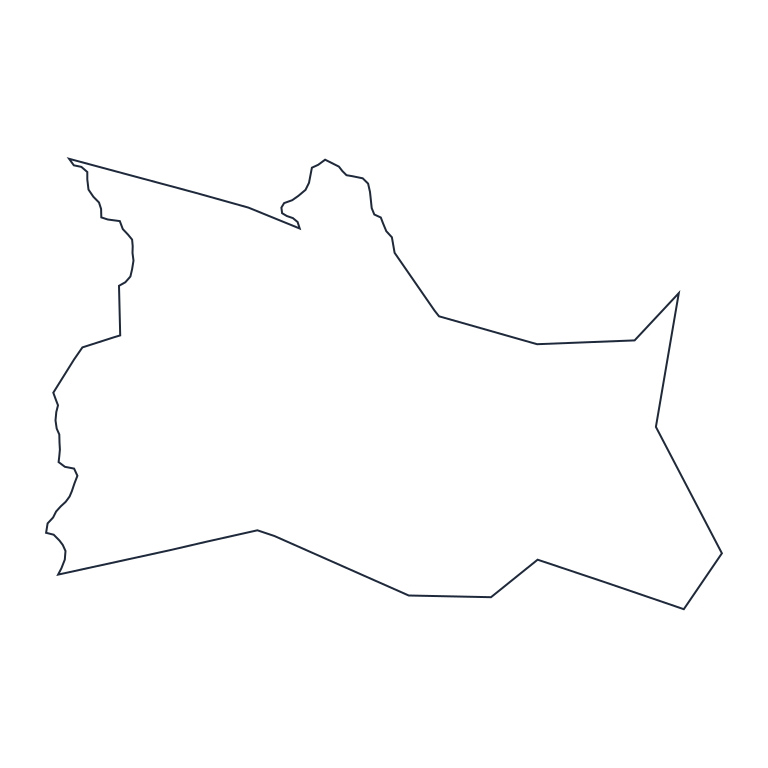 Utinga, Bahia, Brazil
{"feature_id": "56859067B43772333404859", "entity_name": "Utinga", "entity_type": "district", "adm_level": 2, "iso_a3": "BRA", "parent_name": "Brazil", "parent_adm1": "Bahia", "projection": "orthographic", "projection_center": [-41.139, -12.037], "detail": "fine", "context": "isolated", "style": "outline", "palette": "slate", "viewbox_px": 768, "rotation_deg": 0, "n_neighbors": 0, "source": "geoboundaries", "source_scale": "gbopen_adm2", "svg_char_len": 1358}
<svg xmlns="http://www.w3.org/2000/svg" viewBox="0 0 768 768"><path d="M58.1,574.6L169.4,550.3L206.5,541.7L257.4,530.3L274.4,536.0L408.7,595.5L491.0,597.2L537.6,559.7L600.7,580.8L642.9,595.2L683.8,609.2L721.9,553.3L717.5,544.9L655.9,426.9L678.8,293.1L634.6,340.4L537.1,344.2L439.0,316.3L434.6,310.7L394.6,252.8L391.9,237.3L386.3,231.2L383.1,223.5L380.8,217.5L374.3,214.5L371.7,208.1L370.8,199.5L370.0,192.0L368.1,183.6L362.7,178.3L352.4,176.2L346.5,175.2L342.4,171.1L338.9,166.6L325.1,159.7L318.2,164.8L311.9,167.7L309.0,182.8L305.5,189.9L298.2,196.0L292.2,200.2L284.1,203.1L281.4,207.6L282.1,213.2L286.8,216.0L292.9,218.1L297.6,222.0L299.7,228.5L248.4,207.6L195.9,192.9L69.1,158.8L73.8,165.3L81.4,166.9L87.3,172.0L87.3,179.4L88.5,189.6L93.4,196.8L99.0,202.5L101.1,209.0L101.3,217.4L107.8,219.5L119.8,221.1L122.8,229.1L128.0,234.6L132.1,239.6L132.7,246.2L132.5,253.0L133.5,260.6L132.1,269.2L130.4,276.5L125.4,282.2L119.0,285.8L120.2,335.4L114.2,337.2L82.4,347.4L74.1,359.4L53.3,392.7L56.0,400.1L58.0,405.3L56.3,412.0L55.5,420.4L56.7,428.6L59.3,434.5L59.5,442.6L59.9,449.5L59.3,456.1L58.6,462.1L64.9,466.8L74.1,468.6L77.4,475.8L74.5,483.3L71.8,491.3L69.6,496.5L65.7,501.8L60.7,506.4L56.1,511.5L53.1,517.5L47.6,523.4L46.1,532.8L53.7,534.7L59.5,540.6L62.8,545.0L65.5,551.0L64.8,559.6L61.4,568.3L58.1,574.6Z" fill="none" stroke="#1e293b" stroke-width="2"/></svg>